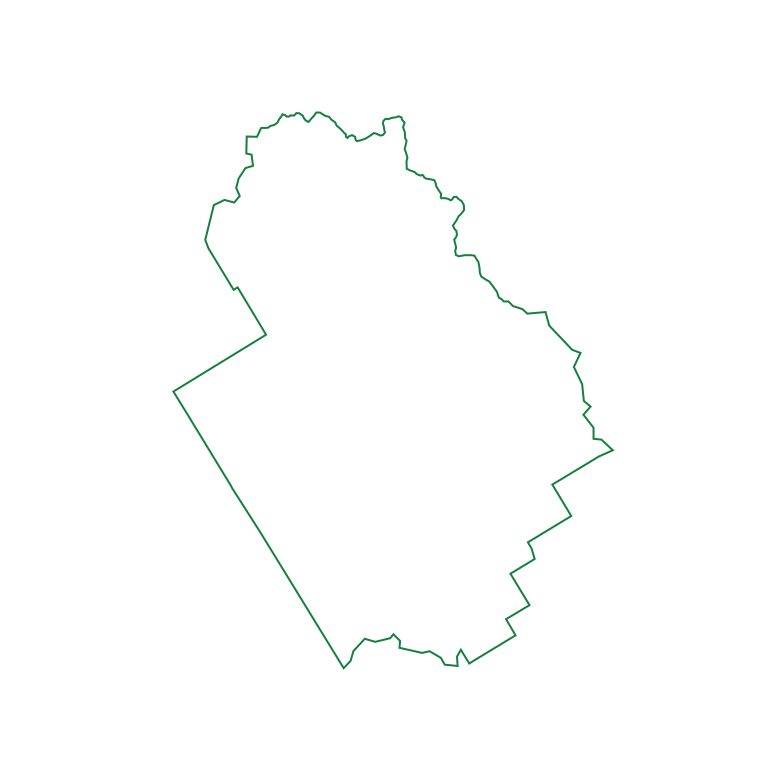 outline of Granite, Montana, United States of America, rotated 149°
{"feature_id": "52423323B51544085831783", "entity_name": "Granite", "entity_type": "district", "adm_level": 2, "iso_a3": "USA", "parent_name": "United States of America", "parent_adm1": "Montana", "projection": "albers", "projection_center": [-113.634, 46.386], "detail": "fine", "context": "isolated", "style": "outline", "palette": "green", "viewbox_px": 768, "rotation_deg": 149, "n_neighbors": 0, "source": "geoboundaries", "source_scale": "gbopen_adm2", "svg_char_len": 2614}
<svg xmlns="http://www.w3.org/2000/svg" viewBox="0 0 768 768"><g transform="rotate(149 384 384)"><path d="M357.7,666.6L365.5,661.3L374.2,666.8L383.3,652.5L379.4,648.8L383.9,638.5L391.5,640.4L402.8,635.0L409.7,628.2L410.8,619.5L418.9,616.7L425.9,623.9L437.7,625.0L463.0,599.6L464.6,590.7L464.4,542.2L459.7,542.2L459.7,487.0L568.4,486.0L568.1,458.5L567.6,376.1L567.8,372.7L566.4,320.9L564.9,161.2L555.2,163.9L547.8,170.8L531.7,175.5L524.3,167.5L509.6,162.9L504.8,164.6L502.5,155.5L506.6,149.9L489.9,133.9L482.6,131.5L476.3,120.0L476.5,112.1L466.1,104.4L461.8,112.8L455.0,116.6L454.9,100.5L450.0,100.6L400.7,100.8L400.5,119.6L373.2,119.5L373.3,156.3L345.0,156.4L342.2,167.0L342.2,174.2L291.5,174.4L291.5,211.1L236.9,211.2L222.0,209.4L226.3,224.4L232.6,229.1L226.9,238.6L228.9,255.0L218.6,258.2L221.4,266.6L214.2,281.9L212.5,300.8L199.6,309.4L205.1,316.4L212.3,348.9L208.5,362.5L224.9,370.5L226.4,375.5L226.7,376.7L229.5,380.1L233.3,384.3L234.8,390.7L238.8,393.0L239.4,395.9L241.1,398.9L239.7,404.8L240.3,411.9L241.0,417.6L243.2,421.6L245.3,426.0L244.6,430.0L242.6,433.7L241.4,436.7L240.2,440.2L240.5,443.5L240.3,447.3L242.9,449.5L248.4,452.8L253.9,454.8L255.9,457.5L254.6,461.2L251.8,463.9L249.5,471.6L246.2,472.9L244.5,474.6L243.1,477.9L243.7,480.4L243.3,484.3L241.3,485.2L237.1,487.2L233.8,489.3L229.9,490.2L225.7,491.9L223.4,496.3L223.2,500.6L224.8,504.1L225.5,507.1L227.9,508.4L230.7,507.0L232.4,507.2L233.2,509.1L235.4,511.4L238.0,513.1L239.2,513.6L239.2,514.9L238.3,516.0L237.1,517.6L237.3,521.1L237.4,523.6L237.3,526.8L236.3,529.6L235.9,532.8L237.6,534.5L240.3,536.9L242.0,538.2L243.2,540.4L242.9,541.7L243.3,543.4L245.1,543.7L247.6,546.6L248.7,550.2L251.7,553.7L253.6,556.8L250.1,563.2L247.3,566.0L245.8,571.9L245.2,574.9L242.9,577.1L239.4,580.8L239.3,583.7L238.0,586.2L236.5,589.1L235.4,594.3L231.8,597.3L232.4,601.6L231.7,603.6L233.8,606.1L235.9,606.3L240.6,608.2L243.6,608.7L246.1,610.5L248.7,609.9L250.6,608.3L251.6,604.7L252.6,602.4L253.7,599.1L256.4,598.0L259.0,598.7L261.6,602.3L263.3,604.3L268.6,603.9L273.5,603.8L278.7,605.0L282.1,606.1L282.6,607.7L281.5,610.7L283.2,613.8L286.9,614.4L288.6,613.7L289.3,615.6L288.1,617.7L288.8,619.8L289.4,622.8L290.1,625.7L291.5,629.8L291.1,633.5L293.0,637.8L293.5,641.4L296.3,644.1L299.0,649.6L302.3,651.6L305.3,650.2L308.6,649.2L312.5,647.9L313.8,647.5L315.4,650.2L315.7,652.8L315.5,655.8L317.2,659.7L319.6,661.3L322.9,660.4L325.7,662.4L327.7,662.1L329.7,663.4L330.3,665.4L332.1,667.5L333.8,666.4L337.7,664.9L340.5,663.0L343.2,662.6L345.4,662.7L347.9,663.7L351.3,663.4L354.6,665.0L356.2,666.1L357.7,666.6Z" fill="none" stroke="#15803d" stroke-width="2"/></g></svg>